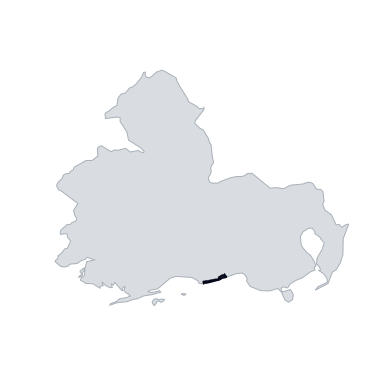 where Vargas sits in Venezuela, rotated 169°
{"feature_id": "VEN-42", "entity_name": "Vargas", "entity_type": "State", "adm_level": 1, "iso_a3": "VEN", "parent_name": "Venezuela", "parent_adm1": "", "projection": "orthographic", "projection_center": [-66.956, 10.514], "detail": "fine", "context": "in_parent", "style": "filled", "palette": "ink", "viewbox_px": 384, "rotation_deg": 169, "n_neighbors": 0, "source": "natural_earth", "source_scale": "10m", "svg_char_len": 5024}
<svg xmlns="http://www.w3.org/2000/svg" viewBox="0 0 384 384"><g transform="rotate(169 192 192)"><path d="M335.4,144.3L339.5,149.5L339.2,150.8L336.7,152.1L335.3,155.2L332.1,156.6L327.8,160.4L324.9,160.7L320.5,167.0L323.0,171.7L322.5,174.1L323.6,175.3L328.8,175.3L329.3,176.6L328.7,178.6L327.7,179.8L320.7,183.9L317.3,183.5L316.0,184.8L311.4,185.7L310.2,188.1L311.4,191.2L311.9,196.3L306.2,202.5L320.6,218.4L322.2,219.2L323.7,222.9L323.2,225.2L320.7,227.8L317.1,229.8L315.0,233.2L312.9,233.9L309.0,233.7L307.1,235.6L304.6,236.3L303.0,238.8L289.9,243.2L284.2,242.0L277.6,245.2L276.5,252.8L274.4,254.5L272.0,254.6L263.8,247.0L259.7,248.1L256.9,247.1L248.8,247.5L245.0,243.1L236.5,242.9L233.3,240.0L231.8,240.0L231.2,240.9L234.5,245.8L244.4,255.0L244.5,263.4L249.1,275.0L248.3,278.7L251.0,279.8L262.8,280.6L262.7,284.7L261.2,286.6L258.8,287.0L252.8,290.2L249.2,291.2L246.8,298.1L244.8,300.0L242.7,301.7L238.6,301.8L233.2,306.2L231.3,306.1L226.7,308.3L219.3,314.6L216.8,318.5L215.0,318.6L215.7,315.2L214.8,313.4L213.1,312.4L211.4,312.3L209.4,313.2L203.9,316.5L198.5,317.3L195.7,315.7L185.8,307.0L185.7,304.0L183.4,297.0L178.4,284.0L178.4,281.5L170.6,274.9L169.4,272.6L166.2,271.8L164.1,272.6L164.7,270.5L175.3,261.1L176.2,259.0L172.1,253.0L169.8,251.3L168.5,249.2L165.8,241.8L165.2,236.2L164.3,235.0L165.4,221.3L165.0,218.2L165.8,215.9L167.8,214.3L169.0,211.9L169.2,208.6L170.5,205.9L172.7,203.7L173.5,201.6L172.5,198.2L170.6,196.8L164.2,195.8L162.5,196.8L150.8,198.7L145.0,198.6L140.5,197.7L137.2,198.0L133.3,199.8L131.3,198.7L129.8,199.2L114.5,180.8L108.8,180.3L101.2,177.7L95.1,179.7L92.6,179.8L81.8,178.7L75.9,179.5L73.4,178.5L71.7,177.1L69.1,171.0L65.0,169.9L63.4,167.5L64.1,157.8L66.0,155.1L65.4,150.7L64.8,148.6L59.5,143.1L56.8,132.4L53.3,131.7L52.2,129.4L51.2,128.9L48.2,130.3L45.1,130.8L44.5,130.3L52.5,117.3L55.8,101.8L59.8,94.3L65.2,88.2L69.5,86.5L75.9,76.2L89.8,72.1L86.1,75.2L77.8,77.1L75.9,78.3L76.1,81.7L78.4,86.7L82.5,90.7L80.6,91.1L81.4,94.6L83.4,97.1L83.4,98.6L81.8,103.3L75.4,110.6L71.9,117.0L74.4,120.9L74.8,122.9L79.4,127.8L78.9,129.6L80.9,133.6L84.2,134.2L90.6,131.8L94.1,127.7L94.9,119.8L94.3,117.0L90.5,110.1L87.8,107.4L85.5,101.4L84.5,95.9L86.4,94.7L86.2,91.9L90.7,91.1L100.3,86.6L106.3,85.5L113.1,83.1L116.1,79.9L117.1,79.7L120.6,81.6L122.4,81.0L123.1,79.5L122.2,76.6L114.0,77.6L112.1,71.8L113.9,67.1L118.2,65.4L121.3,68.2L123.3,76.5L126.1,80.9L134.8,80.1L143.5,82.1L152.8,88.1L155.5,94.4L154.4,95.9L155.0,98.6L156.3,101.2L158.3,102.9L164.2,103.4L183.4,100.4L199.5,99.9L202.6,101.1L202.9,103.4L208.1,108.1L223.8,112.2L229.9,111.5L244.2,103.5L251.9,103.6L254.1,102.4L251.3,101.2L244.9,100.8L242.9,101.6L241.8,99.6L251.0,98.9L259.2,99.2L265.8,97.7L271.1,97.7L276.4,96.7L286.4,97.6L294.2,96.6L293.3,97.9L286.6,99.1L283.4,101.1L276.6,100.8L271.9,101.6L273.4,102.1L273.4,104.0L274.8,104.4L276.9,106.8L277.4,108.8L275.7,112.0L277.7,111.7L278.8,110.6L278.7,108.4L279.8,108.8L285.0,117.9L287.1,115.7L288.6,117.0L288.5,113.5L290.2,113.6L293.9,115.9L297.7,121.1L297.0,117.1L300.0,116.9L300.8,115.2L306.9,120.9L313.4,122.4L318.3,126.7L317.2,128.8L314.4,130.0L313.3,131.3L311.3,138.3L308.6,143.7L300.6,143.9L307.5,147.9L309.9,146.1L313.3,146.0L318.4,143.7L325.3,144.5L328.3,142.7L332.1,142.8L335.4,144.3ZM251.4,88.5L252.2,91.4L250.0,93.9L247.0,94.0L244.7,92.4L243.5,92.8L239.5,91.9L240.6,90.4L243.5,89.6L245.7,91.4L247.6,91.4L248.0,89.9L250.5,87.7L251.4,88.5ZM316.9,135.8L312.6,138.1L312.4,135.9L315.7,133.2L317.2,134.8L316.9,135.8ZM221.9,93.7L220.8,94.2L217.5,93.1L218.2,92.3L220.0,92.2L221.9,93.7ZM317.7,131.6L315.1,132.4L315.8,130.8L318.5,129.8L319.5,130.1L317.7,131.6Z" fill="#d9dde1" stroke="#a8b0b8" stroke-width="1"/><path d="M174.6,101.9L176.0,101.7L177.8,101.8L179.4,101.6L180.7,100.9L181.5,100.8L182.4,100.4L182.9,100.4L185.6,100.4L188.0,100.2L193.1,99.9L195.6,99.9L195.8,100.0L196.1,100.1L197.2,100.3L197.6,100.3L197.9,100.1L198.0,99.9L198.1,100.1L198.1,100.6L198.2,100.8L198.0,101.8L198.0,102.0L197.8,102.1L197.2,101.8L196.9,101.8L195.4,102.0L195.2,102.0L195.1,101.8L194.8,101.9L194.7,101.9L194.3,101.8L194.2,101.8L194.1,101.7L193.9,101.6L193.7,101.6L193.4,101.5L192.3,101.5L192.2,101.5L191.9,101.7L191.8,101.8L191.6,101.8L189.5,101.8L189.3,101.7L189.2,101.7L187.5,101.7L186.6,101.8L186.3,101.7L186.2,101.6L185.9,101.8L185.6,101.8L185.5,101.7L185.4,101.7L185.2,101.6L184.9,101.6L184.7,101.6L184.3,101.7L184.2,101.7L183.9,101.6L183.7,101.5L183.4,101.4L183.2,101.3L183.1,101.2L182.9,101.2L182.8,101.3L182.7,101.5L182.8,101.8L182.7,101.9L182.4,102.0L182.2,102.1L182.0,102.3L181.9,102.4L181.9,102.5L182.0,102.6L181.9,102.9L181.9,103.0L182.0,103.2L182.0,103.3L181.9,103.3L181.4,103.4L181.3,103.5L181.1,103.6L180.9,103.6L180.7,103.6L180.4,103.7L179.8,104.1L178.3,104.7L178.0,104.4L177.9,104.3L177.5,104.4L177.4,104.4L177.2,104.4L176.9,104.4L176.7,104.5L176.4,104.7L176.2,104.7L176.0,104.8L175.9,104.9L175.9,105.0L175.7,105.1L175.4,104.0L175.3,103.9L175.1,103.7L174.7,103.0L174.7,102.9L174.6,102.7L174.4,102.6L174.4,102.4L174.6,101.9L174.6,101.9Z" fill="#0f172a" stroke="#020617" stroke-width="1.5"/></g></svg>